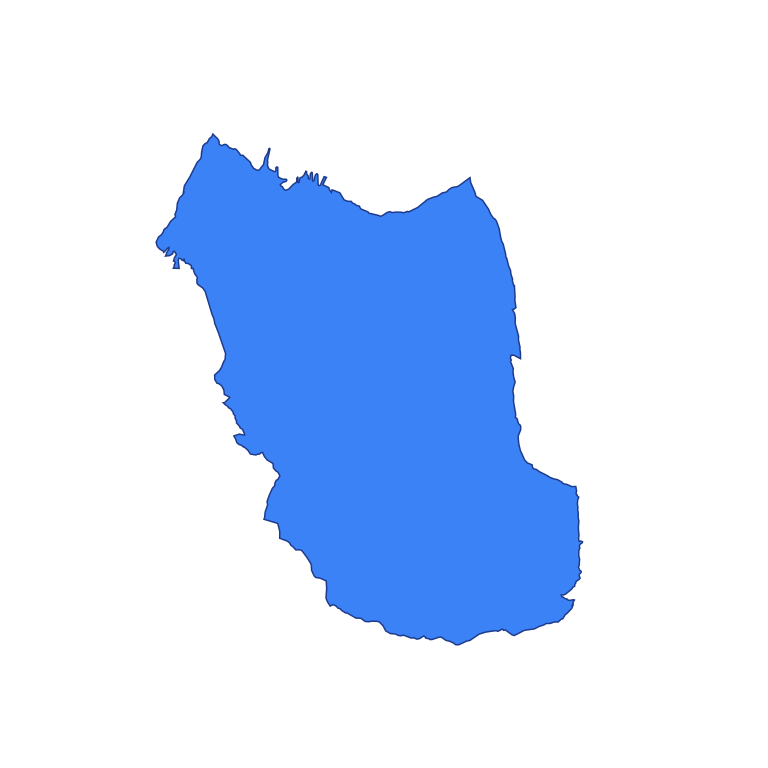 outline of Soimari, Prahova, Romania, rotated 116°
{"feature_id": "2599482B11828536886615", "entity_name": "Soimari", "entity_type": "district", "adm_level": 2, "iso_a3": "ROU", "parent_name": "Romania", "parent_adm1": "Prahova", "projection": "equal_earth", "projection_center": [26.208, 45.169], "detail": "fine", "context": "isolated", "style": "filled", "palette": "blue", "viewbox_px": 768, "rotation_deg": 116, "n_neighbors": 0, "source": "geoboundaries", "source_scale": "gbopen_adm2", "svg_char_len": 6159}
<svg xmlns="http://www.w3.org/2000/svg" viewBox="0 0 768 768"><g transform="rotate(116 384 384)"><path d="M496.5,496.2L498.5,493.3L501.2,490.5L501.9,488.0L501.6,485.3L502.2,482.8L501.9,482.7L502.1,481.3L503.2,477.3L505.5,473.4L504.0,468.1L502.4,466.7L501.7,465.3L499.4,464.2L498.8,463.1L501.7,459.6L503.5,455.7L504.1,448.9L508.0,446.6L509.5,443.1L509.8,440.5L512.2,437.3L516.3,437.6L518.0,438.7L520.6,438.6L523.9,437.6L526.0,438.5L527.9,438.6L535.0,438.3L540.9,437.6L543.7,435.6L551.2,434.7L556.2,432.8L558.2,432.6L555.9,418.4L562.0,413.2L568.4,410.1L567.6,401.9L568.3,399.1L569.7,397.1L570.2,394.5L571.8,390.5L570.0,387.2L569.7,385.9L570.0,384.3L573.4,377.6L577.4,371.2L578.7,369.9L583.2,367.4L587.2,362.6L587.8,360.3L586.5,356.3L586.3,349.6L593.1,345.8L601.8,342.3L604.5,339.4L607.2,335.0L604.7,333.2L604.5,329.8L605.6,327.1L605.3,324.4L606.1,322.9L606.6,318.1L606.0,316.6L606.7,306.6L604.7,302.1L605.7,296.9L604.4,293.5L602.5,291.0L600.3,286.0L599.9,283.9L601.8,278.7L605.2,274.2L605.5,268.8L603.7,264.2L603.7,260.8L603.1,258.8L601.2,256.3L600.4,248.2L599.1,246.0L598.9,242.5L597.1,240.3L593.1,237.9L593.2,236.5L594.1,234.9L593.3,232.0L593.5,230.4L592.4,228.6L587.4,223.5L586.4,221.6L587.3,215.9L586.5,212.7L586.3,208.2L586.9,205.5L586.6,204.5L585.5,202.4L578.6,196.8L577.0,194.5L567.2,188.9L562.6,184.1L557.1,176.1L556.4,174.5L556.4,173.2L552.3,170.1L553.0,168.5L551.9,167.1L553.3,158.8L552.9,156.6L543.8,149.8L538.2,141.5L533.9,138.3L530.4,134.6L528.3,133.4L526.3,129.6L523.2,126.6L521.5,123.1L517.8,121.7L516.6,120.4L512.0,120.0L509.8,118.9L503.5,116.9L500.0,117.1L500.4,117.8L498.4,117.7L497.4,118.4L494.7,118.1L494.7,119.0L496.9,122.0L497.6,123.6L497.0,124.8L497.5,127.5L497.0,129.7L497.5,130.8L495.9,132.2L494.7,129.9L493.1,128.6L485.8,125.3L484.2,125.3L482.1,124.0L480.3,124.7L479.2,124.4L477.2,124.8L474.4,123.1L472.5,122.6L470.7,124.7L468.9,124.9L466.6,124.2L465.8,124.9L465.5,126.6L463.5,128.9L461.6,129.0L455.5,131.5L453.1,133.6L447.9,136.0L445.7,136.0L444.2,137.3L442.6,137.5L441.1,137.1L440.4,136.4L438.9,136.3L438.8,138.1L439.8,139.7L437.8,141.3L434.8,142.3L428.0,146.3L421.6,148.9L419.3,150.7L414.4,153.1L412.1,154.9L410.7,155.2L407.0,157.6L403.4,159.1L400.4,159.3L399.8,161.3L399.0,161.9L398.5,163.3L395.8,164.0L392.0,166.7L393.9,170.1L394.1,176.1L394.8,178.0L394.8,180.6L394.2,181.0L393.9,186.2L394.8,189.4L395.2,194.2L394.8,196.8L394.7,205.9L394.0,209.3L394.6,212.4L394.0,213.8L391.7,215.5L392.1,220.5L390.6,224.3L384.0,232.3L379.0,236.4L374.4,239.3L371.7,240.6L365.3,241.1L362.1,242.6L361.3,243.5L360.7,245.7L356.7,249.4L356.4,251.3L353.6,252.3L343.0,259.9L337.7,262.3L334.2,265.0L329.4,266.3L324.9,266.9L321.0,270.4L316.2,273.6L313.5,274.5L308.5,280.0L306.6,280.1L305.5,281.7L302.5,282.4L301.2,279.9L301.4,272.4L295.8,275.2L292.9,277.3L291.7,277.6L285.4,282.5L281.9,284.1L271.9,292.8L267.1,294.9L263.6,297.3L260.7,301.2L259.5,299.8L257.5,298.9L251.1,303.3L248.6,304.2L238.3,310.0L238.6,310.5L238.0,311.2L234.2,314.4L233.5,314.3L229.8,317.9L226.3,320.2L223.2,323.8L217.3,328.7L216.1,330.5L214.2,331.4L206.1,338.1L204.1,340.8L200.9,343.5L194.0,348.5L188.4,354.2L187.0,356.8L187.0,358.4L184.7,362.4L181.0,366.8L175.7,375.9L175.0,383.6L171.9,386.3L164.9,394.4L160.8,397.2L173.3,403.7L174.8,405.1L177.7,409.1L180.5,410.8L184.1,412.1L186.6,415.3L192.3,418.8L194.2,421.3L199.2,425.9L210.6,431.1L218.5,437.3L218.5,438.4L221.6,441.6L222.0,443.7L224.2,448.5L226.5,452.1L226.4,454.0L228.4,456.4L232.6,458.8L234.9,460.7L234.8,462.4L237.1,472.7L236.3,473.9L236.8,481.1L236.0,483.0L234.9,484.0L235.6,487.6L235.0,489.0L235.2,491.7L234.2,493.4L235.7,496.8L236.0,500.6L231.5,507.5L232.2,515.7L234.9,515.3L233.2,518.3L231.6,519.8L231.8,526.3L223.5,526.3L223.9,528.7L233.1,528.4L234.0,528.9L234.2,529.9L232.8,531.1L224.8,535.3L224.4,536.4L225.5,537.1L227.0,537.2L231.8,536.0L232.8,536.8L232.1,537.8L230.8,538.1L225.4,541.3L225.6,542.0L227.4,542.3L231.8,540.6L232.8,541.2L232.6,542.0L230.2,543.4L229.1,545.7L227.0,546.7L227.0,547.5L231.3,547.5L233.7,548.2L235.4,549.8L240.2,548.8L240.6,549.5L240.4,550.2L236.5,551.5L236.0,552.2L237.3,552.6L240.2,551.2L241.3,551.3L244.4,553.1L250.6,555.1L253.1,557.4L252.7,559.8L251.2,561.8L251.2,563.6L250.4,564.6L247.1,563.3L245.0,561.0L243.9,560.6L243.1,560.9L242.9,562.1L244.0,563.8L244.5,566.2L244.4,569.3L243.0,570.9L235.9,574.4L235.8,575.4L236.9,576.0L240.0,574.6L241.2,575.5L241.2,580.7L240.9,582.0L239.4,583.7L238.1,584.9L236.0,585.5L233.8,586.9L222.8,589.5L222.4,590.1L223.0,590.6L226.9,589.8L232.7,590.2L239.6,588.5L246.0,589.9L247.2,590.7L247.5,592.7L247.3,595.7L245.5,599.1L243.3,601.3L240.3,611.1L241.4,613.3L240.3,614.5L238.0,619.4L238.0,621.4L239.1,622.5L239.3,627.2L238.3,629.1L238.0,631.2L238.6,632.4L241.1,634.6L240.9,636.5L240.4,637.5L238.2,638.6L236.6,640.8L234.4,647.4L237.1,647.2L239.8,648.5L244.4,648.7L246.5,650.2L249.2,651.1L254.9,649.8L260.4,647.7L263.0,647.8L266.6,649.1L283.2,649.3L293.5,650.3L299.4,648.4L299.0,648.1L299.2,647.9L302.5,647.9L306.3,649.3L312.0,649.0L318.4,646.6L323.3,646.2L324.4,645.0L325.3,644.7L331.5,647.1L338.3,647.7L341.6,649.5L343.7,649.1L347.2,649.4L350.8,651.1L356.4,651.0L359.3,648.5L360.1,647.1L361.1,644.4L361.3,640.8L362.2,639.7L355.8,637.6L355.5,637.1L357.8,636.4L361.6,637.1L362.5,636.4L364.8,636.5L362.7,633.1L359.6,631.0L358.5,631.5L356.8,631.1L356.7,630.4L358.6,627.3L362.3,627.7L365.2,627.2L365.8,627.0L365.5,625.8L367.2,624.5L369.0,624.8L369.5,624.2L372.3,624.1L369.9,618.8L363.4,622.9L361.7,623.4L360.9,623.2L360.4,621.5L361.2,620.3L361.2,618.6L359.9,618.8L359.5,618.3L360.8,617.4L362.4,615.1L361.5,612.8L362.1,609.0L364.5,607.8L363.8,606.4L367.8,602.6L370.1,598.3L371.9,598.1L375.2,596.4L376.2,594.8L377.2,588.8L379.3,585.2L397.1,568.8L399.8,565.6L403.7,562.7L410.0,555.8L426.0,539.8L431.6,537.6L434.1,537.9L440.2,537.4L444.0,537.8L450.2,540.2L454.2,538.0L456.5,534.5L456.1,532.1L457.0,528.8L459.7,525.2L463.4,522.9L463.5,517.0L463.8,516.7L470.6,519.1L471.3,520.2L472.2,517.7L472.5,514.8L473.5,513.4L473.5,510.8L474.5,509.3L474.9,507.8L476.8,506.3L477.9,503.8L479.9,502.9L482.1,500.2L483.7,499.5L485.2,495.5L486.6,493.9L486.7,491.4L490.3,487.2L490.7,486.9L491.3,487.5L492.4,492.0L496.5,496.2Z" fill="#3b82f6" stroke="#1e3a8a" stroke-width="1.5"/></g></svg>